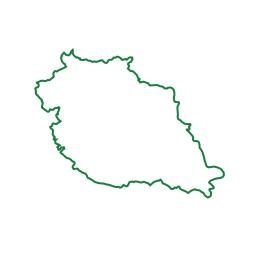 Tan Son, Phú Thọ, Vietnam (orthographic projection), rotated 160°
{"feature_id": "81297802B30557639912850", "entity_name": "Tan Son", "entity_type": "district", "adm_level": 2, "iso_a3": "VNM", "parent_name": "Vietnam", "parent_adm1": "Phú Thọ", "projection": "orthographic", "projection_center": [104.995, 21.19], "detail": "fine", "context": "isolated", "style": "outline", "palette": "green", "viewbox_px": 256, "rotation_deg": 160, "n_neighbors": 0, "source": "geoboundaries", "source_scale": "gbopen_adm2", "svg_char_len": 5823}
<svg xmlns="http://www.w3.org/2000/svg" viewBox="0 0 256 256"><g transform="rotate(160 128 128)"><path d="M162.4,220.7L165.5,218.9L165.5,218.2L166.3,217.5L166.9,217.0L167.0,216.7L167.2,213.0L166.5,211.1L166.1,210.3L165.5,209.8L165.4,209.4L165.5,207.6L165.2,206.8L167.4,206.4L174.1,205.9L174.9,205.5L175.4,205.4L176.8,206.3L177.7,206.3L179.0,205.3L179.8,204.2L180.0,202.5L180.2,201.7L180.4,201.5L181.5,201.2L182.2,200.8L183.0,200.7L185.0,199.9L185.5,199.8L185.9,199.9L186.8,200.5L187.2,200.5L188.5,200.4L189.2,200.1L191.6,201.5L192.9,201.7L193.8,202.2L195.2,201.9L197.4,201.9L198.1,201.9L198.2,201.6L197.4,200.5L197.1,199.9L197.2,199.1L197.6,198.0L198.5,197.2L199.1,197.1L199.6,197.3L200.4,197.3L201.6,196.9L201.7,196.7L201.8,195.8L201.7,194.9L201.8,194.2L202.5,193.3L202.7,191.0L202.5,190.5L201.9,189.7L200.6,186.1L199.3,183.7L200.0,182.6L200.0,182.4L199.7,181.8L199.4,180.9L199.8,180.4L201.8,177.0L201.8,176.6L201.1,175.7L201.0,175.0L200.2,174.4L199.8,173.2L199.0,172.5L198.4,171.3L197.7,170.6L196.8,170.5L196.4,170.6L195.8,171.1L195.2,172.0L194.8,172.2L194.5,172.1L193.2,171.0L192.6,170.7L191.8,170.8L190.3,171.7L188.1,171.1L187.3,171.1L186.3,171.3L185.8,170.9L185.5,170.4L186.1,169.8L186.9,168.4L188.9,166.3L189.0,166.1L189.1,164.9L190.1,165.2L190.4,165.2L190.7,165.0L191.2,164.4L191.2,162.5L190.7,160.2L189.1,157.4L190.0,157.1L192.3,156.8L193.3,156.3L194.0,156.2L194.5,156.3L196.2,157.7L196.8,157.9L197.5,157.7L198.4,156.3L198.8,155.9L199.1,155.7L200.6,155.8L200.8,155.3L200.8,154.6L200.6,154.1L199.4,152.1L199.3,151.3L199.4,151.0L200.6,148.7L200.9,147.7L200.6,145.4L200.0,145.0L200.0,144.5L200.3,143.8L201.0,143.6L201.5,143.2L201.7,142.7L201.6,142.4L201.1,142.1L200.3,142.1L199.3,141.7L200.7,141.1L200.9,140.9L201.3,138.4L198.3,135.7L198.0,135.0L200.3,134.7L200.9,134.2L200.6,133.7L200.4,132.6L200.9,131.7L200.7,131.3L199.8,131.0L199.5,131.0L197.8,132.5L197.4,132.6L194.8,131.7L194.9,130.3L195.8,130.4L196.7,130.0L199.7,128.3L199.7,127.8L199.3,126.8L198.3,125.6L197.4,123.6L195.9,121.0L195.5,120.5L194.2,119.8L192.7,118.2L192.5,117.8L192.1,116.6L191.7,115.9L190.3,114.4L190.1,113.8L190.1,113.1L191.1,112.1L192.6,111.2L193.3,110.6L193.5,109.7L193.1,108.1L192.7,107.9L191.6,107.8L189.2,106.9L188.7,105.1L187.0,103.1L186.5,102.0L185.7,101.6L185.3,101.0L183.7,99.7L183.4,99.4L183.0,97.6L183.0,95.7L183.0,95.3L182.8,95.0L181.1,93.3L178.9,90.6L178.4,89.5L176.9,88.0L174.0,86.0L169.7,84.0L167.4,82.2L165.7,81.4L164.7,80.7L162.4,78.7L160.8,77.5L159.1,76.5L157.5,76.2L156.6,75.5L156.1,74.8L155.7,74.6L154.7,74.6L154.2,74.7L152.2,75.6L151.7,76.0L150.1,74.3L149.1,73.6L148.2,73.7L145.7,76.1L145.2,76.5L144.8,76.5L143.7,76.5L142.1,76.1L141.5,75.9L141.0,75.1L139.8,75.3L138.8,75.1L134.5,72.3L134.2,72.2L132.2,72.2L131.0,71.7L130.0,70.7L128.3,69.5L127.8,68.8L126.8,66.6L123.4,68.0L121.8,68.4L120.6,68.5L118.4,68.4L116.9,67.9L116.2,67.9L115.3,68.4L114.9,67.8L114.6,67.2L114.4,66.0L114.3,64.1L112.5,62.6L111.6,61.4L110.5,60.5L109.2,58.5L108.5,56.5L107.9,55.8L107.2,55.4L106.3,55.3L105.9,55.4L105.1,55.9L104.1,56.0L103.4,55.2L103.0,55.0L101.3,55.7L100.1,55.6L99.9,55.4L99.8,54.9L99.8,53.3L99.4,52.4L95.3,48.5L93.6,46.3L93.0,46.6L90.4,47.4L89.3,47.6L88.2,47.5L86.6,47.7L85.8,47.3L84.9,46.3L83.1,45.4L82.2,44.9L81.4,43.8L81.0,43.0L80.3,42.2L79.6,41.7L79.5,41.0L79.1,40.4L78.9,38.6L77.1,35.7L76.5,35.3L74.6,35.6L73.7,35.9L72.9,36.9L72.1,38.5L72.1,39.2L72.7,41.0L72.7,41.7L72.4,42.6L71.6,42.6L69.7,42.2L68.9,42.1L68.1,42.3L67.8,42.7L67.7,43.4L68.8,46.0L69.2,46.9L70.3,48.5L70.4,49.0L70.1,49.4L69.2,49.9L67.7,50.3L66.3,50.4L65.4,50.3L63.6,50.5L62.0,50.3L58.3,49.4L55.5,49.7L54.3,50.6L53.8,51.5L53.3,53.8L53.8,54.7L54.0,55.8L54.4,57.1L55.2,58.3L57.0,60.0L58.5,61.1L60.8,62.5L64.3,63.1L65.7,63.5L66.8,64.5L67.2,65.4L67.1,71.1L66.5,75.5L66.3,80.2L66.9,83.3L67.4,84.6L67.3,85.6L66.6,87.5L66.4,88.6L66.3,90.2L66.6,90.9L67.2,91.8L70.1,93.1L70.7,93.7L70.9,94.6L70.7,95.5L70.1,96.4L70.0,97.3L70.3,99.0L72.1,103.6L73.2,105.4L73.4,106.0L73.3,106.4L72.9,106.5L72.3,106.3L71.4,105.6L70.6,106.0L70.2,106.7L70.4,108.2L70.2,108.5L68.5,109.3L68.2,109.6L68.1,110.1L68.7,110.7L69.9,111.0L72.5,112.1L73.8,113.3L75.3,115.3L76.0,117.2L77.3,118.6L77.7,119.5L77.7,120.3L77.5,121.7L76.5,123.5L74.8,129.6L74.2,131.1L71.9,133.4L71.5,134.0L71.6,135.0L73.9,135.8L74.7,136.3L75.2,137.3L74.6,141.0L73.2,143.0L72.5,144.9L72.1,146.6L72.1,148.8L72.6,149.9L74.0,151.4L75.1,151.8L76.8,152.1L77.6,151.8L78.0,151.8L78.5,152.2L80.0,152.6L80.6,153.7L81.0,154.8L84.2,156.7L84.8,157.6L85.7,158.3L93.0,160.6L93.4,161.3L93.7,163.0L96.9,165.7L97.7,166.2L99.4,166.6L101.1,166.7L101.5,168.5L102.0,169.5L101.6,169.9L100.7,169.5L100.3,170.2L101.3,171.5L101.5,172.2L101.5,174.4L101.9,175.5L103.7,179.2L104.3,179.8L106.2,180.8L106.7,181.4L107.1,182.8L107.8,183.8L105.9,185.7L105.7,186.1L105.7,186.5L106.2,187.5L106.1,188.0L105.8,188.6L105.5,188.7L103.6,189.2L102.6,189.1L100.7,190.7L100.5,191.1L100.2,191.2L100.3,192.1L100.0,192.8L101.8,193.7L102.5,193.7L103.1,193.7L106.0,192.6L106.4,193.4L106.9,193.7L107.5,193.8L108.9,193.7L110.0,194.0L110.7,194.5L110.6,195.5L112.1,197.5L113.1,198.4L113.8,198.8L114.2,198.7L115.4,198.3L116.7,198.9L117.3,199.0L119.8,197.8L121.8,198.3L122.7,198.4L123.3,198.2L125.0,196.8L125.5,196.5L126.0,196.5L127.5,197.4L127.9,198.1L128.3,198.6L128.4,199.3L128.9,200.3L129.6,200.6L130.7,200.9L131.7,200.7L135.1,201.0L135.6,201.1L136.2,201.7L136.7,202.0L138.1,202.1L138.9,202.4L140.1,203.7L140.8,204.2L142.2,204.8L142.8,205.3L143.2,206.2L143.7,206.7L145.3,207.1L146.1,207.0L147.3,207.3L148.0,207.8L148.9,208.1L149.5,208.6L149.5,208.9L149.4,209.8L150.0,209.8L150.4,210.6L151.2,211.6L151.6,211.8L152.4,211.8L153.6,213.8L154.1,214.9L154.2,216.0L154.6,217.0L154.2,218.1L153.6,218.7L153.3,220.3L154.6,219.7L155.6,218.9L157.1,217.2L158.0,216.8L158.6,216.8L158.9,216.6L159.4,216.7L160.2,217.4L161.2,218.0L162.4,220.7Z" fill="none" stroke="#15803d" stroke-width="2"/></g></svg>